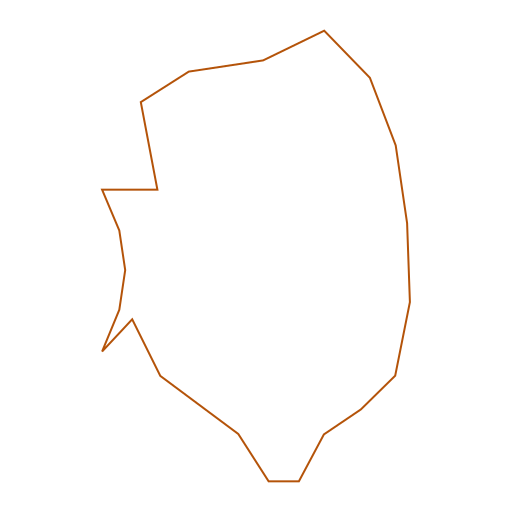 outline of Brava
{"feature_id": "CPV-5041", "entity_name": "Brava", "entity_type": "state/province", "adm_level": 1, "iso_a3": "CPV", "parent_name": "Cabo Verde", "parent_adm1": "", "projection": "robinson", "projection_center": [-24.723, 14.852], "detail": "fine", "context": "isolated", "style": "outline", "palette": "amber", "viewbox_px": 512, "rotation_deg": 0, "n_neighbors": 0, "source": "natural_earth", "source_scale": "10m", "svg_char_len": 398}
<svg xmlns="http://www.w3.org/2000/svg" viewBox="0 0 512 512"><path d="M324.2,30.7L369.9,77.8L395.7,145.4L407.1,223.2L409.9,302.1L395.2,375.7L360.9,409.4L323.9,434.4L298.9,481.3L268.6,481.3L238.3,434.0L160.3,375.9L132.2,319.3L102.1,351.5L119.3,309.8L125.2,270.1L119.3,230.5L102.1,189.7L157.4,189.7L140.8,102.1L188.8,71.6L263.1,60.4L324.2,30.7Z" fill="none" stroke="#b45309" stroke-width="2"/></svg>